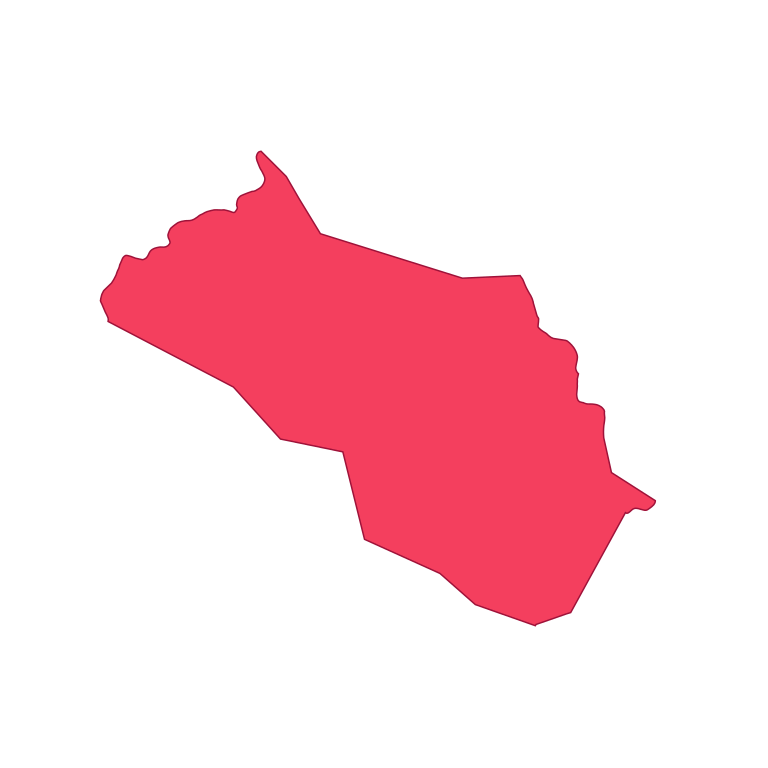 Ilama, Santa Bárbara, Honduras (orthographic projection), rotated 21°
{"feature_id": "27666195B62278865875513", "entity_name": "Ilama", "entity_type": "district", "adm_level": 2, "iso_a3": "HND", "parent_name": "Honduras", "parent_adm1": "Santa Bárbara", "projection": "orthographic", "projection_center": [-88.165, 15.052], "detail": "fine", "context": "isolated", "style": "filled", "palette": "rose", "viewbox_px": 768, "rotation_deg": 21, "n_neighbors": 0, "source": "geoboundaries", "source_scale": "gbopen_adm2", "svg_char_len": 6120}
<svg xmlns="http://www.w3.org/2000/svg" viewBox="0 0 768 768"><g transform="rotate(21 384 384)"><path d="M472.2,234.0L419.3,257.1L270.8,266.5L238.4,241.5L218.4,225.3L185.8,210.8L184.8,211.5L184.4,211.8L184.1,212.1L183.8,212.5L183.7,212.8L183.6,213.1L183.4,213.5L183.3,214.1L183.2,214.9L183.2,215.7L183.3,216.4L183.3,217.0L183.4,217.5L183.6,218.0L183.9,218.6L184.1,219.1L184.5,219.7L185.0,220.4L185.4,221.0L187.6,223.4L190.1,226.1L190.7,226.7L191.4,227.3L191.8,227.7L192.9,228.5L193.5,228.9L194.8,230.1L196.2,231.4L197.1,232.2L197.8,233.0L198.4,233.7L198.8,234.3L199.1,234.8L199.3,235.2L199.5,236.0L199.7,236.8L199.8,237.7L199.8,238.5L199.8,239.3L199.7,240.4L199.5,241.5L199.4,242.0L199.2,242.8L199.0,243.3L198.9,243.7L198.6,244.2L198.4,244.7L197.9,245.5L196.9,246.9L195.9,248.1L194.9,249.4L194.1,250.1L193.8,250.4L193.4,250.7L192.8,251.0L192.0,251.4L191.5,251.7L191.1,252.1L190.4,252.7L188.5,254.3L186.1,256.5L184.9,257.6L183.9,258.6L183.1,259.4L182.8,259.8L182.5,260.2L182.3,260.6L182.1,261.1L181.8,261.7L181.6,262.5L181.4,263.1L181.3,263.7L181.3,264.4L181.3,265.2L181.4,266.1L181.5,266.7L181.7,267.6L181.9,268.5L182.0,269.0L182.2,269.6L182.5,270.0L182.7,270.4L182.9,270.7L183.5,271.2L183.7,271.6L183.9,271.9L184.0,272.2L184.0,272.6L184.1,272.9L184.1,273.4L183.9,274.5L183.5,276.1L183.2,276.9L183.0,277.2L182.8,277.4L182.7,277.5L182.4,277.6L182.1,277.8L181.7,277.9L181.3,277.9L180.9,278.0L180.5,278.0L179.8,278.0L179.0,278.0L178.1,278.0L175.2,278.3L173.2,278.6L172.5,278.7L171.7,279.0L170.4,279.6L169.4,280.0L167.1,280.8L164.8,281.6L163.4,282.2L162.6,282.6L161.9,283.1L160.3,284.1L157.6,286.1L157.0,286.5L156.7,286.9L155.9,287.6L155.3,288.2L153.7,290.2L151.9,292.0L151.5,292.5L151.0,293.2L150.1,294.8L149.5,295.7L149.1,296.2L148.3,297.4L147.4,298.5L146.7,299.1L146.3,299.6L145.7,300.0L145.3,300.3L144.5,300.8L144.0,301.1L143.5,301.3L142.6,301.7L141.4,302.2L140.7,302.5L140.1,302.8L139.3,303.2L138.0,304.0L137.3,304.4L136.5,304.9L135.4,305.8L134.5,306.6L134.2,306.9L133.7,307.4L133.4,307.8L133.0,308.4L132.2,309.6L131.5,310.7L130.2,312.9L129.6,314.1L129.1,315.0L129.0,315.4L128.9,315.8L128.8,317.0L128.7,318.1L128.7,319.0L128.7,320.6L128.8,321.4L128.8,321.8L128.9,322.3L129.1,322.8L129.3,323.2L129.6,323.7L129.9,324.2L130.3,324.7L130.8,325.3L131.7,326.1L132.1,326.5L132.5,327.0L132.8,327.4L133.3,328.0L133.5,328.5L133.6,328.8L133.6,329.1L133.6,329.6L133.5,330.2L133.3,330.8L133.1,331.4L132.9,331.9L132.6,332.5L132.3,332.9L131.8,333.4L131.4,333.9L130.8,334.3L130.0,334.8L129.4,335.1L128.8,335.4L128.3,335.5L127.2,335.9L126.3,336.2L125.1,336.8L123.5,337.8L122.5,338.5L121.2,339.5L120.4,340.3L119.7,341.1L119.1,341.9L118.8,342.5L118.5,343.1L118.2,343.9L118.0,344.8L117.9,345.4L117.8,346.4L117.7,347.8L117.6,348.8L117.5,349.3L117.2,350.5L117.0,351.1L116.8,351.6L116.6,351.9L116.3,352.3L116.0,352.7L115.7,353.1L115.4,353.4L115.0,353.8L114.6,354.1L114.1,354.4L113.7,354.6L113.3,354.6L110.9,355.0L108.2,355.4L107.1,355.6L106.0,355.6L103.8,355.6L102.2,355.6L100.0,355.8L98.5,356.0L97.8,356.2L97.3,356.3L97.0,356.5L96.8,356.6L96.5,356.8L96.1,357.4L95.7,358.0L95.3,358.9L95.0,359.9L94.9,360.3L94.9,360.6L94.8,363.5L94.6,367.6L94.7,368.3L94.9,369.6L94.9,370.6L94.9,371.8L94.7,373.5L94.7,374.6L94.7,375.7L94.8,377.6L94.8,378.5L94.7,379.6L94.5,381.3L94.4,382.4L94.1,384.4L93.9,385.2L93.6,386.8L93.4,387.6L93.0,388.4L89.1,396.8L89.0,397.2L88.8,397.6L88.8,398.0L88.7,398.7L88.6,399.8L88.5,400.9L88.5,401.9L88.6,402.9L88.8,404.3L89.0,406.0L89.3,407.0L89.4,407.8L89.5,407.9L89.7,408.2L90.1,408.7L92.2,410.7L97.4,416.1L98.2,416.9L101.0,419.4L101.9,420.4L102.6,421.0L102.8,421.4L103.0,421.7L103.2,422.1L103.4,422.5L103.6,423.0L103.7,423.4L104.0,424.5L244.5,440.8L307.1,472.5L369.9,462.1L421.5,536.0L504.1,540.8L548.3,557.2L611.9,555.4L612.1,554.0L636.6,533.3L640.2,530.5L655.5,417.6L655.8,417.7L656.2,417.7L656.5,417.7L656.8,417.7L657.0,417.6L657.4,417.4L657.7,417.2L658.1,416.9L658.4,416.5L659.0,415.6L659.4,414.9L660.3,413.1L660.8,412.2L661.2,411.6L661.6,411.2L662.1,410.7L662.5,410.4L663.1,410.0L663.7,409.8L664.2,409.6L665.1,409.4L665.9,409.2L666.8,409.1L668.5,409.0L669.8,408.8L671.0,408.7L672.2,408.5L672.8,408.4L673.5,408.1L674.1,407.8L674.6,407.4L675.1,406.9L675.5,406.3L676.0,405.6L677.0,404.1L677.9,402.6L678.3,401.8L678.6,401.1L679.0,400.4L679.2,399.6L679.3,399.2L679.4,398.6L679.5,398.1L679.5,397.5L679.4,396.9L679.3,396.2L679.1,395.7L628.1,385.2L608.5,355.6L607.2,352.8L606.0,349.9L605.0,347.0L604.1,344.0L603.3,340.3L602.9,338.7L602.2,336.4L600.8,333.6L600.0,331.8L599.6,330.4L599.1,329.9L598.5,329.2L597.6,328.7L596.3,328.0L594.9,327.5L592.4,327.1L590.1,327.1L588.4,327.4L585.6,328.1L582.9,329.1L580.6,329.9L578.3,330.1L576.7,330.0L575.9,330.2L574.1,330.4L572.8,330.5L571.9,330.1L571.1,329.8L569.7,328.4L568.6,326.7L567.6,324.7L566.8,321.9L565.9,318.7L565.2,316.5L564.5,315.0L564.1,313.8L563.7,312.5L563.3,311.5L562.7,310.2L561.9,304.8L561.0,304.4L560.6,304.1L559.9,303.7L559.3,303.2L558.8,302.7L558.4,302.2L557.9,301.6L557.5,300.9L557.2,300.3L557.0,299.6L556.6,297.7L556.0,294.0L555.8,292.8L555.3,290.8L555.2,290.3L555.0,289.8L554.8,289.2L554.5,288.7L554.3,288.3L554.0,287.8L553.4,287.1L552.9,286.4L552.0,285.4L551.1,284.5L550.5,284.0L549.9,283.4L548.8,282.6L548.2,282.1L547.2,281.5L545.9,280.8L545.1,280.3L544.3,280.0L543.5,279.6L542.1,279.0L541.3,278.8L540.6,278.5L539.6,278.2L539.1,278.2L538.7,278.2L538.0,278.2L537.1,278.4L535.6,278.7L526.7,280.6L526.0,280.7L525.6,280.8L525.2,280.8L524.6,280.7L523.8,280.7L523.0,280.6L521.9,280.3L521.2,280.1L520.6,279.9L520.0,279.7L518.8,279.2L518.4,279.0L517.6,278.7L516.2,278.4L513.5,277.9L512.0,277.5L510.6,277.1L509.2,276.5L508.5,276.2L507.9,275.9L507.5,275.6L507.4,275.4L507.2,275.2L507.1,274.9L506.9,274.2L506.3,272.0L506.0,270.8L505.2,268.4L505.1,267.9L504.9,267.6L504.6,267.3L504.4,267.0L503.5,266.4L502.8,265.9L502.5,265.5L502.0,265.0L495.3,256.1L494.6,255.2L493.7,253.7L493.1,253.0L492.2,251.8L491.2,250.7L490.1,249.7L489.3,248.9L487.7,247.7L485.4,245.8L483.2,243.9L482.1,242.9L481.1,241.9L479.8,240.6L478.6,239.3L476.9,237.5L476.1,236.7L475.6,236.3L475.2,236.0L474.7,235.7L473.3,234.8L472.7,234.4L472.2,234.0Z" fill="#f43f5e" stroke="#9f1239" stroke-width="1.5"/></g></svg>